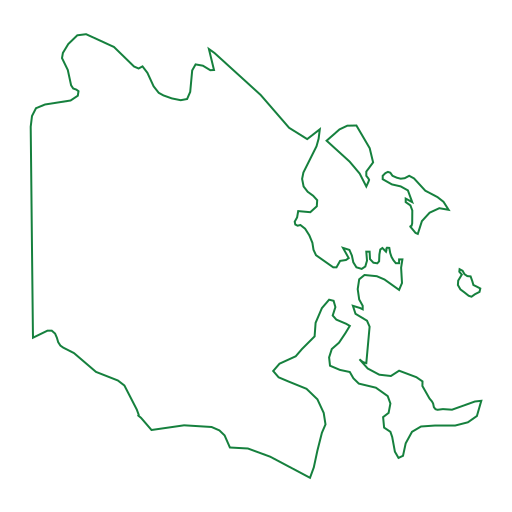 the Province of Bocas del Toro
{"feature_id": "PAN-1958", "entity_name": "Bocas del Toro", "entity_type": "Province", "adm_level": 1, "iso_a3": "PAN", "parent_name": "Panama", "parent_adm1": "", "projection": "natural_earth1", "projection_center": [-82.341, 9.206], "detail": "fine", "context": "isolated", "style": "outline", "palette": "green", "viewbox_px": 512, "rotation_deg": 0, "n_neighbors": 0, "source": "natural_earth", "source_scale": "10m", "svg_char_len": 3429}
<svg xmlns="http://www.w3.org/2000/svg" viewBox="0 0 512 512"><path d="M86.1,34.2L114.0,47.0L134.0,66.5L138.6,68.5L142.5,66.4L147.4,72.8L153.6,86.3L158.7,92.8L163.4,95.4L171.8,98.4L180.7,100.2L187.1,99.0L190.2,91.9L192.2,70.4L195.6,64.4L202.9,65.7L210.3,70.2L214.0,70.0L208.9,49.0L214.5,53.0L260.7,95.0L289.1,127.8L307.2,139.1L319.8,129.3L318.6,138.8L316.5,146.3L303.4,172.5L302.1,178.9L303.6,186.5L307.7,191.8L313.2,195.8L317.2,200.2L316.8,206.3L310.3,212.2L298.2,211.1L297.1,217.4L294.7,221.7L295.3,224.5L297.6,225.7L300.4,225.0L305.1,228.7L309.3,235.3L312.4,242.8L313.5,249.8L316.0,255.2L333.2,267.3L336.5,267.3L340.1,260.9L346.0,260.0L348.7,258.1L343.0,247.9L349.4,249.9L351.9,255.6L353.3,262.3L356.4,267.3L361.7,268.9L365.3,266.5L367.0,260.6L366.3,251.7L369.6,251.7L370.0,259.1L373.4,262.7L377.3,263.3L379.1,261.3L379.4,254.4L380.3,249.5L382.4,248.0L386.0,251.7L386.5,250.0L386.4,248.5L387.0,247.7L389.3,247.9L390.2,253.0L391.5,256.9L393.4,260.2L395.8,263.2L399.1,263.2L399.1,259.4L402.4,259.4L401.1,267.7L402.0,283.0L399.1,289.9L384.5,279.5L376.8,276.2L364.5,275.0L359.2,279.3L357.7,289.1L359.2,299.5L362.7,305.8L362.7,309.3L360.0,308.0L352.9,305.8L355.5,313.8L367.0,320.7L369.6,326.7L366.3,363.1L364.1,362.5L362.7,361.9L361.4,360.9L359.5,359.3L367.7,368.5L379.3,374.7L390.9,376.0L399.1,370.7L416.4,377.2L422.5,381.4L422.4,386.0L429.5,398.5L432.0,401.5L433.1,403.5L433.9,407.2L435.5,409.2L437.5,409.8L442.9,409.1L452.0,409.7L474.9,401.5L481.3,400.8L480.5,403.5L476.9,416.0L467.9,422.3L455.3,425.5L435.4,425.5L421.0,426.5L412.0,431.8L405.7,443.3L403.0,455.8L398.5,457.9L394.9,451.7L392.2,437.0L390.4,431.8L384.1,427.6L383.1,417.1L388.6,412.9L390.4,403.5L387.7,396.1L375.9,387.7L358.8,383.6L353.4,378.3L349.8,372.0L339.9,369.9L330.0,365.7L329.1,357.4L331.8,349.0L339.0,342.7L345.3,333.3L349.8,325.9L346.2,323.8L336.3,319.6L332.7,315.5L335.4,307.1L333.6,300.8L329.1,299.7L321.9,308.1L315.6,322.8L314.6,336.4L302.0,349.0L295.7,356.3L279.5,363.7L273.2,371.0L278.6,377.3L288.5,381.5L306.5,388.8L317.4,399.3L323.7,412.9L325.5,424.4L321.9,432.8L317.4,450.6L313.8,467.4L310.0,477.8L270.2,456.7L247.9,448.5L229.9,447.5L224.6,435.4L219.4,430.4L211.6,427.0L184.1,425.3L151.5,430.0L141.0,417.8L138.3,415.6L138.7,414.8L136.8,409.6L124.4,385.5L117.9,380.5L96.0,371.9L74.0,353.1L63.2,347.6L60.4,345.6L58.2,342.2L56.9,337.8L55.1,333.6L51.8,330.7L47.4,330.7L33.0,337.7L32.9,331.5L31.9,240.0L31.2,173.0L30.7,126.7L32.0,116.0L36.0,108.2L45.0,104.5L70.6,100.5L77.8,95.7L78.5,91.2L76.3,89.6L73.2,88.5L71.1,85.3L67.8,70.0L62.0,58.1L62.9,52.9L68.3,44.0L77.3,35.3L86.1,34.2ZM326.6,140.7L339.5,129.4L347.3,125.7L356.4,125.5L369.7,148.2L373.1,162.4L366.3,171.6L366.3,175.8L368.4,178.5L369.1,179.9L368.3,182.1L366.3,186.5L359.7,173.6L349.6,161.6L326.6,140.7ZM425.3,190.7L437.5,197.1L443.5,201.8L448.6,209.8L439.3,208.2L429.6,212.7L421.9,221.1L417.8,233.9L415.5,232.9L410.3,226.6L410.5,226.2L411.6,225.7L412.2,223.3L412.3,210.5L410.4,205.4L405.7,202.1L405.7,198.6L412.2,202.1L407.9,190.4L400.7,186.4L391.9,184.4L382.7,179.2L382.7,175.8L385.4,173.1L387.9,171.9L390.3,172.7L392.5,175.8L396.8,177.7L400.7,178.7L404.7,178.2L409.2,175.8L414.0,178.4L425.3,190.7ZM461.8,274.6L459.3,271.7L459.6,269.2L462.6,270.8L464.5,274.2L467.3,276.1L470.6,276.4L472.3,281.2L473.4,285.0L476.7,286.6L480.3,288.5L479.5,291.9L475.0,294.2L471.5,296.7L468.7,295.8L464.3,292.3L460.4,289.4L457.9,285.0L458.2,280.6L461.8,274.6Z" fill="none" stroke="#15803d" stroke-width="2"/></svg>